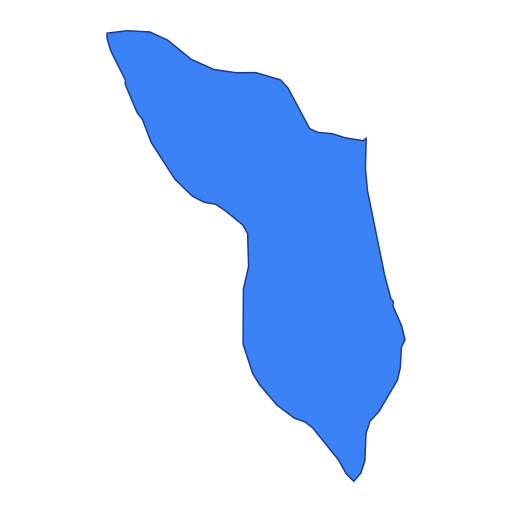 outline of San Gaspar Ixchil, Huehuetenango, Guatemala
{"feature_id": "79465075B65859415879145", "entity_name": "San Gaspar Ixchil", "entity_type": "district", "adm_level": 2, "iso_a3": "GTM", "parent_name": "Guatemala", "parent_adm1": "Huehuetenango", "projection": "orthographic", "projection_center": [-91.718, 15.374], "detail": "fine", "context": "isolated", "style": "filled", "palette": "blue", "viewbox_px": 512, "rotation_deg": 0, "n_neighbors": 0, "source": "geoboundaries", "source_scale": "gbopen_adm2", "svg_char_len": 825}
<svg xmlns="http://www.w3.org/2000/svg" viewBox="0 0 512 512"><path d="M107.0,33.2L107.1,38.6L110.8,51.0L125.4,80.0L125.2,84.2L136.8,112.0L142.5,119.7L151.3,142.6L174.9,179.2L192.6,196.4L204.2,202.3L215.8,204.3L225.9,211.2L242.9,225.1L247.6,233.5L248.6,266.2L243.4,289.1L243.1,344.1L252.7,373.6L260.0,385.2L276.9,405.1L294.2,418.1L305.3,422.1L312.8,428.0L338.6,460.1L346.3,473.9L353.8,481.3L360.8,473.1L364.9,460.8L366.0,433.7L369.9,421.3L379.1,411.3L397.4,380.2L400.3,367.6L401.4,347.3L405.0,339.9L401.6,325.8L392.9,305.8L393.4,301.6L390.9,298.8L384.6,275.0L367.5,190.8L365.4,168.3L366.2,138.3L362.9,140.7L344.7,137.7L332.5,133.7L317.9,132.4L309.7,128.7L288.0,88.0L280.5,79.9L255.8,72.6L236.0,72.7L213.9,69.5L191.3,59.4L167.9,40.3L150.0,32.0L127.2,30.7L107.0,33.2Z" fill="#3b82f6" stroke="#1e3a8a" stroke-width="1.5"/></svg>